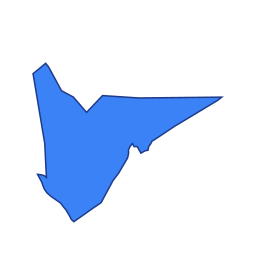 outline of Canhoba, Sergipe, Brazil, rotated 168°
{"feature_id": "56859067B36241430136927", "entity_name": "Canhoba", "entity_type": "district", "adm_level": 2, "iso_a3": "BRA", "parent_name": "Brazil", "parent_adm1": "Sergipe", "projection": "robinson", "projection_center": [-36.995, -10.153], "detail": "fine", "context": "isolated", "style": "filled", "palette": "blue", "viewbox_px": 256, "rotation_deg": 168, "n_neighbors": 0, "source": "geoboundaries", "source_scale": "gbopen_adm2", "svg_char_len": 772}
<svg xmlns="http://www.w3.org/2000/svg" viewBox="0 0 256 256"><g transform="rotate(168 128 128)"><path d="M202.6,50.6L200.5,47.6L177.4,57.5L175.0,58.4L169.8,60.6L153.5,79.8L146.7,85.6L134.8,98.6L132.8,102.7L132.1,106.4L130.0,109.4L126.9,111.8L125.9,108.5L122.8,107.9L121.6,103.8L120.6,100.7L116.1,102.1L113.0,102.1L111.8,105.3L109.1,107.8L107.0,110.3L104.2,111.2L82.9,119.7L34.8,136.3L29.9,138.7L111.1,155.1L146.2,165.0L165.3,151.9L175.0,169.6L185.3,178.3L191.5,199.3L193.0,204.2L195.1,208.4L205.4,203.0L209.6,200.9L212.4,136.2L212.5,133.0L212.7,129.9L218.1,96.6L220.0,98.9L222.7,100.3L226.1,101.5L223.8,93.5L222.6,85.8L220.7,81.3L217.8,77.4L209.6,68.6L207.2,63.6L205.8,61.1L204.7,57.8L203.3,53.7L202.6,50.6Z" fill="#3b82f6" stroke="#1e3a8a" stroke-width="1.5"/></g></svg>